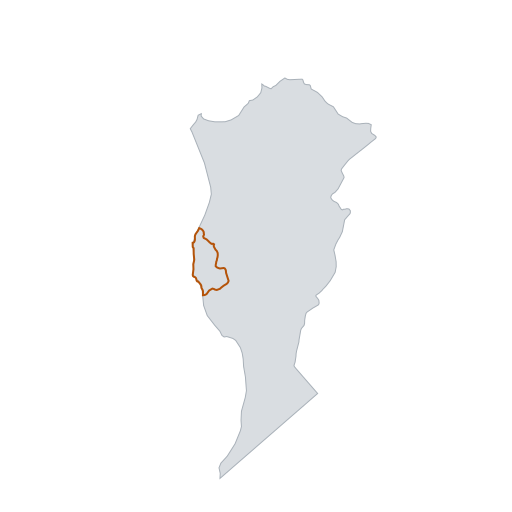 location of Doukkala - Abda within Morocco, rotated 319°
{"feature_id": "MAR-1457", "entity_name": "Doukkala - Abda", "entity_type": "Region", "adm_level": 1, "iso_a3": "MAR", "parent_name": "Morocco", "parent_adm1": "", "projection": "natural_earth1", "projection_center": [-8.625, 32.606], "detail": "fine", "context": "in_parent", "style": "outline", "palette": "amber", "viewbox_px": 512, "rotation_deg": 319, "n_neighbors": 0, "source": "natural_earth", "source_scale": "10m", "svg_char_len": 3811}
<svg xmlns="http://www.w3.org/2000/svg" viewBox="0 0 512 512"><g transform="rotate(319 256 256)"><path d="M86.4,396.6L89.1,391.6L93.6,389.3L103.0,388.2L117.0,384.0L129.5,377.7L133.1,375.2L136.9,370.2L143.2,363.6L155.0,355.8L160.4,351.4L168.7,340.3L174.2,331.2L178.7,325.4L181.9,320.2L184.1,314.9L185.3,306.4L184.5,303.1L181.1,297.6L178.8,296.2L178.2,293.6L179.4,289.1L179.4,281.3L180.1,269.0L184.0,259.0L193.4,245.8L195.1,240.5L196.2,231.9L196.3,228.9L207.9,216.7L214.8,207.4L217.1,205.1L223.1,200.9L244.1,191.6L255.9,185.0L262.8,180.1L266.9,174.4L278.1,152.0L289.0,120.5L289.9,116.8L294.9,115.8L298.4,115.3L301.2,114.2L304.7,111.8L308.1,112.7L306.4,114.4L306.4,118.2L308.9,122.8L313.1,127.9L320.7,134.4L326.6,137.0L335.1,138.6L344.8,135.7L350.3,135.7L352.9,134.4L355.9,136.2L361.4,136.8L366.7,135.9L370.7,133.1L373.2,130.0L373.6,131.5L373.8,133.2L374.6,134.2L376.2,138.2L377.1,139.7L380.1,139.5L382.8,140.3L388.8,139.9L394.6,140.6L395.5,143.2L397.2,145.2L403.2,149.9L406.8,152.8L406.9,153.8L405.8,156.2L405.4,157.9L406.4,159.6L408.6,161.8L408.8,162.8L408.3,164.0L407.2,166.2L409.7,172.9L410.3,179.4L409.7,184.0L409.8,186.7L410.2,188.9L412.3,194.2L411.1,202.8L412.7,207.6L414.9,211.4L416.2,218.2L418.0,221.5L420.8,224.3L422.4,225.3L425.6,227.6L427.8,229.6L429.1,232.5L426.4,234.9L424.3,237.1L423.7,239.4L424.8,243.1L424.8,245.1L423.4,245.8L417.7,245.5L413.2,245.4L408.0,245.2L400.7,244.8L396.2,244.6L390.0,244.3L387.8,244.5L382.2,245.5L378.2,246.3L377.5,246.5L376.3,247.4L375.5,250.1L374.7,253.3L373.9,254.6L361.9,259.2L357.2,259.8L354.5,259.3L352.6,259.7L350.9,260.7L350.4,262.1L350.3,264.0L350.7,265.9L351.9,268.5L352.1,271.1L351.4,273.0L351.2,274.9L350.9,276.9L351.6,278.0L352.7,278.1L353.9,279.1L355.6,279.9L357.0,281.5L356.9,283.7L355.8,285.0L354.8,285.7L350.3,286.3L346.7,286.8L342.1,290.4L337.1,294.3L331.2,296.9L328.7,297.6L324.1,299.4L318.7,302.4L316.1,307.3L312.7,312.9L309.5,316.7L305.1,320.2L301.0,321.6L295.8,323.3L289.2,324.6L284.5,325.0L283.1,325.3L279.0,325.4L277.0,325.1L275.5,325.0L274.9,325.4L274.7,326.3L274.7,328.3L274.4,330.6L273.1,332.5L272.2,333.4L271.1,333.8L267.7,333.2L264.8,332.6L257.9,331.8L256.5,332.0L256.0,332.2L253.9,333.6L250.6,336.4L248.4,338.8L246.7,339.9L242.7,340.5L241.0,341.4L233.5,347.5L232.0,349.0L224.3,354.3L222.1,356.1L220.5,357.8L215.9,361.7L212.9,363.5L212.4,364.5L212.3,366.9L212.3,372.2L212.3,377.3L212.3,384.6L212.3,392.0L212.3,400.2L82.9,400.2L86.4,396.6Z" fill="#d9dde1" stroke="#a8b0b8" stroke-width="1"/><path d="M190.2,250.8L192.8,247.9L193.2,247.2L193.4,246.7L193.7,245.3L193.8,244.7L193.9,244.3L194.9,243.0L195.4,242.0L195.6,240.9L195.7,237.3L195.6,237.1L195.1,236.9L195.0,236.6L195.0,235.9L195.2,235.3L196.0,233.8L196.2,233.1L196.2,232.4L196.0,231.8L195.8,231.5L195.5,231.0L195.4,230.4L195.3,229.8L195.9,228.7L200.1,225.0L203.3,221.0L206.1,219.0L207.1,218.1L210.3,213.6L213.8,209.5L214.1,209.1L214.1,208.6L214.1,207.9L214.3,207.5L216.7,204.6L216.9,204.4L217.1,204.5L217.4,204.8L217.7,204.9L218.4,204.9L218.9,204.7L219.9,204.2L220.9,203.3L222.6,201.2L223.6,200.4L224.8,199.8L228.7,198.9L231.4,197.7L232.3,199.5L232.6,200.6L232.6,202.3L232.2,203.8L231.6,204.3L231.3,204.9L231.1,205.4L230.6,205.9L229.9,206.1L229.1,206.5L228.7,207.3L228.4,208.1L229.6,211.0L229.9,214.1L229.9,215.4L230.2,216.2L230.2,217.0L230.4,217.5L230.7,218.1L231.3,218.3L231.7,218.6L232.0,219.7L230.8,220.5L230.3,221.4L229.6,224.7L229.7,226.5L229.1,228.5L227.7,230.3L226.1,231.7L224.8,232.5L223.4,233.7L222.3,234.2L221.1,235.3L220.1,236.0L218.9,237.2L219.0,238.8L219.7,240.4L220.6,241.8L223.8,243.9L224.3,245.0L223.9,246.9L222.3,249.2L219.0,256.8L217.4,257.6L215.6,257.8L212.3,257.2L208.9,257.0L207.3,257.1L204.1,255.9L203.0,254.5L202.6,253.3L201.7,252.0L198.0,251.3L193.7,252.3L192.3,252.0L191.4,251.6L190.3,250.9L190.2,250.8Z" fill="none" stroke="#b45309" stroke-width="2"/></g></svg>